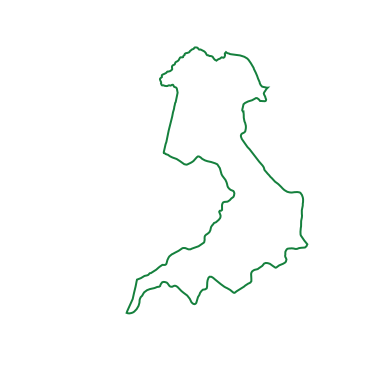 the district of Salamá, Baja Verapaz, Guatemala, rotated 142°
{"feature_id": "79465075B18875713614503", "entity_name": "Salamá", "entity_type": "district", "adm_level": 2, "iso_a3": "GTM", "parent_name": "Guatemala", "parent_adm1": "Baja Verapaz", "projection": "robinson", "projection_center": [-90.294, 15.052], "detail": "fine", "context": "isolated", "style": "outline", "palette": "green", "viewbox_px": 384, "rotation_deg": 142, "n_neighbors": 0, "source": "geoboundaries", "source_scale": "gbopen_adm2", "svg_char_len": 5998}
<svg xmlns="http://www.w3.org/2000/svg" viewBox="0 0 384 384"><g transform="rotate(142 192 192)"><path d="M99.8,303.4L100.4,303.9L100.9,304.2L101.4,304.2L102.5,303.8L103.1,303.9L103.5,304.1L103.9,304.3L105.2,304.3L106.6,304.3L106.9,304.3L107.5,304.0L108.4,303.9L108.8,304.1L109.7,304.3L111.5,305.2L112.5,305.3L112.8,305.2L113.4,304.6L113.8,304.6L114.5,304.6L115.0,304.5L116.0,303.8L116.4,303.9L117.2,304.4L117.8,305.0L118.3,305.2L118.7,305.2L119.3,305.0L121.4,304.1L122.2,304.0L123.5,304.1L124.2,304.3L125.2,304.3L126.0,303.9L126.9,303.3L127.3,303.2L128.9,303.6L129.2,303.6L129.9,303.5L130.6,303.1L131.0,302.6L131.7,301.4L132.1,300.9L132.8,300.7L134.1,300.7L135.0,300.8L136.6,301.5L137.2,302.0L137.8,302.0L138.5,301.8L139.3,301.8L140.9,302.1L142.9,302.6L143.7,302.6L144.0,302.4L144.3,302.1L144.8,301.3L145.0,301.1L145.4,301.1L146.5,301.1L147.3,301.0L147.8,300.6L148.0,300.2L148.3,299.4L148.7,297.7L148.9,297.3L149.4,296.7L149.7,296.5L149.7,296.1L149.9,295.6L150.0,295.1L150.0,294.6L149.8,294.3L149.1,293.9L148.8,293.6L148.1,292.4L147.6,291.9L147.0,291.3L146.2,290.7L145.2,290.5L144.6,290.3L144.2,290.0L143.6,289.2L143.3,289.1L142.6,288.8L142.1,288.8L141.6,288.6L141.1,288.3L141.0,288.0L141.0,287.4L141.3,286.4L141.3,286.0L141.1,285.5L140.4,284.4L140.2,283.9L140.2,283.4L140.4,282.6L142.2,279.1L149.5,272.9L150.5,272.5L152.7,270.6L153.1,270.4L155.1,268.5L157.9,266.5L161.2,263.6L172.5,254.8L181.4,247.2L183.3,246.0L189.8,240.7L190.2,240.0L189.3,238.6L189.4,238.1L188.0,236.0L187.4,233.8L186.2,231.3L183.8,227.5L182.5,223.8L181.0,218.7L179.6,217.0L178.8,216.6L175.1,215.8L173.7,215.6L171.8,215.5L166.9,216.4L165.5,216.4L164.7,215.8L163.9,213.9L163.6,211.9L162.3,208.9L160.9,206.8L158.5,203.9L157.4,202.3L156.0,200.2L155.0,198.2L155.4,193.6L157.8,187.8L158.1,186.0L158.2,180.9L158.8,178.4L159.5,176.6L160.3,175.0L160.7,173.6L160.7,172.0L160.3,170.0L158.8,167.3L158.9,166.3L159.4,164.9L161.1,163.3L162.5,162.6L165.0,162.7L167.3,162.3L169.9,162.5L172.7,164.3L173.9,164.6L175.1,164.2L176.4,163.2L179.3,159.4L180.4,159.3L181.7,160.1L182.8,159.6L183.9,156.0L184.9,154.8L186.0,154.1L188.0,153.6L191.7,153.4L193.8,154.0L195.7,153.4L196.7,153.3L198.6,152.6L201.2,150.5L203.1,149.6L205.7,149.5L207.0,149.7L208.6,149.5L209.5,149.0L210.6,147.8L211.4,146.6L213.2,145.0L213.9,144.8L220.2,145.2L226.8,147.4L228.5,147.8L230.1,149.0L230.7,150.0L231.2,150.9L231.8,151.9L233.0,153.0L234.1,153.6L238.8,153.9L243.0,154.7L244.4,154.9L246.4,155.3L249.5,155.2L250.7,154.8L253.3,153.5L255.8,151.6L256.6,151.1L257.7,151.0L258.5,151.4L260.2,152.8L263.0,153.0L264.8,153.0L268.0,152.8L274.3,153.4L275.4,154.0L277.4,153.6L278.8,154.0L281.1,155.1L283.6,155.4L285.3,155.6L289.3,156.8L290.9,155.5L292.6,154.0L294.7,152.2L300.0,148.0L304.6,144.2L316.2,138.1L317.9,137.0L317.1,135.8L316.1,134.9L314.6,134.1L313.0,133.5L311.2,133.3L307.7,133.8L304.2,135.2L301.6,137.1L299.6,139.3L298.5,140.0L297.2,140.7L294.8,141.0L294.2,141.4L291.5,142.4L287.8,142.3L284.9,141.4L280.7,139.4L277.9,138.6L276.2,137.6L275.0,137.5L274.4,138.0L273.3,138.6L271.1,139.2L270.0,138.8L268.9,137.9L267.7,136.2L267.5,135.1L267.6,131.7L267.2,130.7L266.1,129.6L264.0,129.1L263.2,128.7L262.5,127.8L261.9,126.2L261.3,120.5L260.7,117.8L260.1,115.6L259.5,113.4L259.5,109.2L260.3,105.5L260.1,104.0L259.8,103.0L259.1,102.1L258.7,101.9L257.8,101.8L256.9,102.0L252.0,105.5L249.5,106.4L247.8,107.5L245.4,108.2L243.5,108.3L241.6,107.2L239.8,107.0L238.4,108.1L235.7,111.3L234.0,112.9L231.7,114.3L230.3,114.4L228.9,113.2L228.3,111.7L228.1,111.0L227.7,108.9L226.1,101.9L224.9,97.6L224.4,96.3L223.5,94.5L222.2,91.3L221.4,87.6L221.1,86.9L220.8,86.6L220.4,86.3L217.9,86.3L209.3,85.4L207.7,85.5L204.1,85.2L203.0,84.9L201.7,84.7L200.1,85.2L198.5,87.3L195.9,91.0L194.8,91.9L193.5,92.4L192.4,92.4L190.8,92.2L187.7,90.8L186.4,90.8L182.1,90.5L179.3,91.2L177.6,90.7L176.1,89.3L174.8,87.4L173.8,83.9L173.5,83.0L173.0,81.4L172.6,80.8L171.9,80.6L168.4,80.5L164.5,79.4L162.4,79.1L160.9,79.3L159.1,80.7L158.7,81.9L158.4,83.5L157.8,84.5L157.0,85.2L156.1,86.4L155.2,87.4L154.0,88.0L152.6,88.5L151.5,88.4L150.1,87.6L149.0,86.8L148.3,86.4L146.8,85.0L145.7,83.6L145.0,83.0L144.0,82.4L142.5,82.0L141.3,81.4L140.3,80.8L137.9,79.2L137.1,78.7L135.2,78.8L133.3,79.8L133.4,84.6L133.0,90.7L132.6,91.7L131.0,93.9L128.6,96.5L127.2,97.8L123.8,102.0L121.1,104.3L119.8,105.7L119.0,107.0L116.7,110.0L113.2,113.0L111.8,114.7L110.7,115.7L108.9,117.9L108.2,119.2L107.9,119.9L107.2,122.0L107.1,124.7L107.6,125.6L109.0,127.1L111.4,128.8L113.5,130.0L114.6,130.9L115.4,131.7L116.8,133.5L118.0,136.6L118.4,138.9L118.6,141.2L119.1,145.0L119.6,146.9L120.2,149.0L120.6,154.0L120.8,155.1L120.9,155.8L120.9,157.7L121.1,159.6L121.3,164.4L121.2,165.2L120.9,165.6L120.3,167.2L120.1,169.3L120.4,174.5L120.3,190.3L120.6,193.2L120.4,197.6L120.1,203.1L119.4,205.3L118.9,206.2L118.3,206.7L117.8,207.0L117.2,207.2L116.4,207.2L114.6,206.8L113.5,206.8L112.6,207.1L110.7,208.7L109.7,209.8L108.8,211.0L107.6,213.7L107.2,215.3L105.5,218.6L103.7,221.0L102.0,223.6L102.4,223.7L102.1,225.5L101.0,226.5L100.1,227.2L97.4,229.4L95.4,229.5L92.0,228.8L88.1,227.3L83.7,226.6L82.9,225.8L82.4,224.2L82.3,223.3L82.3,221.8L81.4,221.1L80.0,219.8L78.8,218.8L78.5,218.6L78.1,218.5L77.6,218.5L77.0,218.9L76.6,219.3L76.3,220.4L75.9,221.5L75.6,222.1L75.4,223.4L75.2,224.3L74.8,225.4L73.9,226.0L69.7,227.4L68.1,227.6L68.7,228.0L71.6,231.5L71.9,232.0L72.0,234.2L71.6,236.0L71.1,236.9L70.1,240.8L69.2,243.4L68.3,246.8L67.5,250.7L67.0,252.0L66.3,257.5L66.1,261.4L66.3,263.2L67.5,266.3L68.5,267.8L70.1,270.1L76.5,276.6L77.2,277.4L77.4,278.0L78.8,279.9L79.1,281.3L80.7,281.0L81.0,280.8L81.3,280.4L81.3,280.1L81.6,279.6L82.0,279.2L83.5,278.3L84.5,278.4L85.8,279.9L88.0,279.9L89.5,280.4L91.9,280.5L92.1,281.2L92.5,281.9L92.6,282.3L92.7,283.9L92.5,285.4L92.6,286.2L93.2,287.2L93.5,287.6L94.3,288.2L94.7,288.8L94.8,289.3L95.1,289.8L95.4,290.0L95.8,290.4L95.9,291.3L95.8,292.0L95.6,292.7L95.6,293.5L95.6,294.2L95.8,295.3L97.4,298.8L97.7,299.2L98.0,299.3L98.5,299.7L98.7,299.9L98.9,302.3L99.3,302.9L99.8,303.4Z" fill="none" stroke="#15803d" stroke-width="2"/></g></svg>